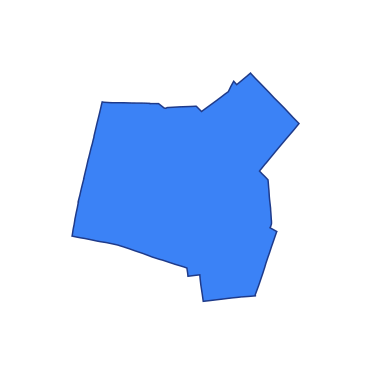 Iecea Mare, Timis, Romania (Albers equal-area conic projection), rotated 62°
{"feature_id": "2599482B39316750962631", "entity_name": "Iecea Mare", "entity_type": "district", "adm_level": 2, "iso_a3": "ROU", "parent_name": "Romania", "parent_adm1": "Timis", "projection": "albers", "projection_center": [20.888, 45.853], "detail": "fine", "context": "isolated", "style": "filled", "palette": "blue", "viewbox_px": 384, "rotation_deg": 62, "n_neighbors": 0, "source": "geoboundaries", "source_scale": "gbopen_adm2", "svg_char_len": 2540}
<svg xmlns="http://www.w3.org/2000/svg" viewBox="0 0 384 384"><g transform="rotate(62 192 192)"><path d="M307.9,197.4L308.3,196.6L309.9,193.0L310.8,191.0L313.7,184.2L313.0,185.1L310.8,182.6L305.9,177.1L302.8,173.8L299.5,170.3L296.6,167.2L295.5,166.1L292.7,163.2L289.9,160.5L287.9,158.4L284.3,154.6L283.9,154.1L282.6,152.7L280.6,150.6L277.4,147.3L275.4,145.1L271.2,140.6L266.9,136.0L266.7,135.7L260.2,139.9L259.6,139.1L259.3,138.6L258.6,138.0L258.1,137.4L257.8,137.1L257.3,136.8L256.7,136.3L256.3,136.2L255.2,135.6L254.3,135.2L253.5,134.9L252.6,134.5L248.2,132.5L245.2,131.2L243.1,130.2L239.8,128.9L237.5,128.0L235.2,127.1L232.6,126.0L231.9,125.7L230.4,125.0L228.4,124.1L226.9,123.4L224.2,122.3L220.3,120.6L219.4,120.2L217.2,119.3L217.0,119.2L216.9,119.2L214.3,119.9L212.2,120.5L208.5,121.7L207.7,121.9L205.2,122.6L204.5,121.1L204.1,120.0L203.0,117.5L201.8,114.7L201.1,112.7L199.6,109.2L193.8,95.2L189.5,84.5L185.2,73.5L181.8,65.4L173.3,67.9L161.6,71.0L155.9,72.7L147.5,75.3L140.4,77.2L133.1,79.3L128.6,80.6L121.5,82.7L114.8,84.5L114.5,84.5L116.0,91.5L118.2,102.1L113.8,103.2L117.0,108.1L118.7,110.4L120.5,112.9L121.1,117.4L121.7,120.7L123.1,129.8L124.6,140.4L125.4,145.8L118.5,147.9L118.3,148.0L118.2,148.1L118.0,148.5L116.5,151.7L111.1,162.8L105.8,174.3L105.8,175.8L104.9,177.1L98.8,179.8L98.3,180.0L95.6,185.0L94.2,187.7L93.9,187.7L91.1,192.5L89.6,195.2L85.6,202.6L83.1,207.0L81.3,210.1L78.2,215.9L75.3,221.3L73.4,224.4L71.3,227.8L70.3,229.0L71.6,230.2L73.4,231.8L73.8,232.1L78.5,236.2L81.3,238.7L87.5,244.3L88.9,245.5L95.4,251.2L96.4,252.1L97.1,252.6L97.6,252.9L99.5,254.7L102.5,257.3L105.6,260.3L109.1,263.4L113.7,267.5L114.2,268.1L115.6,269.3L121.4,274.3L122.8,275.6L129.2,281.2L129.3,281.1L133.9,285.3L136.8,287.9L140.5,291.1L142.4,292.7L144.2,294.4L147.3,297.2L147.5,297.0L152.1,300.7L156.1,304.1L159.3,306.7L160.6,307.8L161.7,308.6L165.7,311.6L165.9,311.8L167.7,313.3L169.7,314.9L170.7,315.6L173.9,318.0L174.6,318.6L175.7,317.3L177.8,314.8L180.2,311.8L182.7,308.5L186.4,304.0L190.8,298.8L192.7,296.4L196.5,291.3L200.6,286.4L203.4,283.1L204.5,281.9L205.3,281.2L207.9,278.6L212.4,274.3L216.9,270.2L218.6,268.6L220.9,266.4L222.9,264.5L228.0,260.0L230.8,257.6L232.4,256.0L235.8,252.7L236.6,251.9L237.0,251.4L238.3,250.0L243.6,245.0L246.6,242.1L247.7,241.1L251.8,236.9L254.4,234.3L256.7,232.2L261.5,233.9L264.5,235.1L266.8,229.1L268.8,224.0L272.3,225.5L278.1,227.8L286.7,230.8L293.8,233.4L296.5,226.6L298.8,220.6L300.6,216.0L302.8,210.2L304.6,205.6L306.2,201.8L307.9,197.4Z" fill="#3b82f6" stroke="#1e3a8a" stroke-width="1.5"/></g></svg>